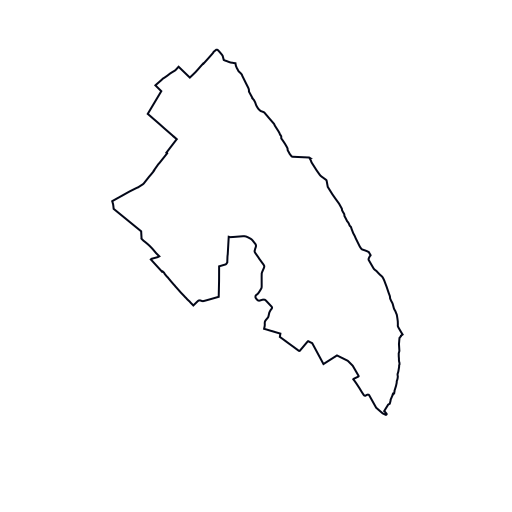 Cumpana, Constanta, Romania (Equal Earth projection), rotated 240°
{"feature_id": "2599482B64755451325856", "entity_name": "Cumpana", "entity_type": "district", "adm_level": 2, "iso_a3": "ROU", "parent_name": "Romania", "parent_adm1": "Constanta", "projection": "equal_earth", "projection_center": [28.523, 44.126], "detail": "fine", "context": "isolated", "style": "outline", "palette": "ink", "viewbox_px": 512, "rotation_deg": 240, "n_neighbors": 0, "source": "geoboundaries", "source_scale": "gbopen_adm2", "svg_char_len": 5961}
<svg xmlns="http://www.w3.org/2000/svg" viewBox="0 0 512 512"><g transform="rotate(240 256 256)"><path d="M56.4,287.0L53.5,289.0L53.4,289.5L53.7,290.1L54.1,290.2L57.0,289.7L57.6,289.5L59.3,292.6L60.3,294.5L61.2,296.1L61.2,296.5L61.2,298.0L61.8,298.6L63.4,300.2L64.2,300.7L65.1,301.9L66.9,304.3L67.8,305.2L68.1,305.6L67.6,305.8L68.0,307.0L68.5,307.2L68.8,307.6L69.1,308.0L70.1,308.6L70.9,309.5L73.5,312.3L75.7,314.3L76.4,314.8L76.8,315.0L77.8,315.9L78.1,316.4L79.3,317.5L80.6,318.5L82.1,319.1L82.9,319.5L83.2,319.8L83.9,320.6L84.9,321.6L88.3,324.4L89.9,325.4L90.4,326.1L91.7,326.8L92.9,327.1L94.5,327.8L95.7,328.5L97.6,329.4L100.3,330.9L102.1,332.7L108.3,335.8L113.3,339.3L114.1,341.5L114.5,341.7L114.6,342.9L114.7,343.7L117.7,343.6L122.8,343.6L124.1,343.7L125.0,344.1L125.9,344.7L128.5,346.1L130.9,347.1L133.2,348.0L134.9,348.6L136.6,348.8L138.4,349.1L140.7,349.1L142.0,349.3L146.0,350.4L147.5,350.6L149.2,350.6L152.1,350.9L153.0,351.3L154.1,351.8L155.1,352.0L158.0,352.5L163.9,353.7L167.0,354.2L170.6,354.8L173.0,355.0L174.5,355.0L175.1,354.9L176.4,354.5L177.8,354.0L180.1,353.4L182.8,352.8L184.4,352.1L185.6,351.7L186.6,351.6L193.0,351.6L196.3,351.6L197.0,351.9L197.5,352.4L198.3,353.5L198.9,354.5L199.2,355.5L199.8,355.7L201.5,355.6L202.8,355.7L203.5,355.3L204.7,354.5L206.1,353.4L208.6,351.2L209.2,350.9L210.5,350.7L212.3,350.6L221.5,351.2L223.8,351.5L227.2,351.6L231.6,352.3L233.4,352.7L234.0,352.7L234.9,352.4L235.5,352.3L237.7,352.6L239.0,352.6L240.7,352.3L241.9,352.4L243.4,352.5L246.4,352.6L248.0,353.3L249.0,353.4L250.0,353.3L252.6,353.4L254.0,354.0L259.8,354.1L264.6,353.6L266.5,353.4L271.2,353.0L280.0,352.7L285.3,354.6L286.3,354.9L286.8,354.8L292.2,352.4L293.4,352.0L294.5,351.8L300.0,351.3L309.2,350.9L311.8,351.3L313.1,351.3L314.1,351.3L313.9,351.7L314.7,351.3L323.8,337.1L324.4,336.7L324.8,336.6L326.2,336.4L327.9,336.2L328.9,336.3L331.3,336.3L331.9,336.4L332.0,336.4L333.0,336.9L333.4,337.1L335.0,337.2L338.4,337.2L340.4,337.1L343.1,336.9L344.8,336.7L345.2,336.7L346.5,337.4L347.1,337.7L347.5,337.7L348.5,337.7L348.8,337.5L351.0,337.8L353.1,337.8L359.5,337.5L361.3,337.7L369.1,336.2L375.8,335.0L376.4,334.8L376.9,334.5L377.7,333.8L378.6,333.1L379.1,332.6L379.3,332.5L379.6,332.4L380.1,332.2L381.2,331.9L381.7,331.7L383.6,331.5L384.8,331.5L386.0,331.5L386.9,331.6L389.5,332.1L392.1,332.2L393.6,331.9L394.3,331.7L394.4,331.9L401.9,332.1L402.1,332.3L403.9,333.1L404.4,333.2L404.9,333.3L405.8,333.4L411.2,333.7L418.9,334.2L419.4,334.3L419.9,334.4L420.5,334.4L421.0,334.3L422.0,334.1L423.0,333.8L424.0,333.5L424.6,333.3L425.5,333.3L427.3,333.4L427.8,333.3L430.2,333.6L430.8,333.7L431.6,334.0L432.3,334.2L433.2,334.6L434.5,332.9L435.0,332.4L435.8,331.3L436.4,330.6L437.3,329.8L438.4,328.9L439.7,327.9L440.5,327.1L441.9,326.1L446.0,327.2L446.5,327.2L447.5,327.1L450.4,326.6L452.3,326.2L453.7,325.8L454.2,325.3L454.5,324.6L454.0,321.4L453.8,321.1L453.5,320.7L452.8,318.8L450.5,311.9L448.8,306.6L449.1,306.5L447.9,302.8L446.6,299.0L445.5,295.6L444.5,291.7L443.6,287.9L458.6,283.6L457.3,279.5L457.1,278.3L457.1,275.9L457.0,273.0L456.5,269.4L456.2,265.8L456.2,264.7L456.2,264.2L455.7,262.2L454.2,254.6L454.1,254.2L446.1,256.4L433.2,233.3L417.9,238.6L412.1,240.5L401.1,244.3L401.0,244.2L399.4,244.8L399.5,244.9L396.8,245.8L396.7,245.5L390.3,230.1L389.5,230.5L389.4,230.5L384.9,219.1L384.3,217.2L381.1,210.3L380.9,210.4L380.7,210.0L380.2,208.8L379.0,205.6L378.1,203.0L374.9,195.0L374.7,194.1L374.4,188.0L374.5,187.9L374.7,185.7L375.1,178.8L375.4,158.9L375.2,158.8L374.4,158.7L373.9,158.5L372.5,158.2L370.7,157.5L368.0,156.3L334.8,168.9L329.1,166.0L328.4,165.5L328.1,165.5L325.5,166.2L323.3,167.1L320.3,168.2L318.1,168.9L315.0,169.7L313.1,170.1L308.5,170.9L304.1,172.1L304.1,171.4L304.2,170.2L304.5,169.0L305.8,164.2L305.6,163.2L289.3,166.8L289.4,167.4L287.9,167.9L287.4,168.0L285.9,168.0L282.9,168.5L282.5,168.6L281.9,168.8L281.2,169.0L280.7,169.0L276.1,169.8L272.4,170.5L271.6,170.7L270.8,170.9L270.3,170.9L269.7,171.0L269.0,171.2L262.0,172.6L257.6,173.7L255.7,174.1L254.8,174.4L252.8,174.8L251.5,175.2L250.8,175.4L250.1,175.7L248.4,176.0L247.2,176.3L246.5,176.5L244.5,177.0L245.7,181.7L246.0,182.9L246.1,183.8L246.0,184.5L245.7,185.1L245.4,185.5L243.9,186.8L243.4,187.5L243.0,188.7L241.7,193.7L239.3,203.3L252.8,211.5L265.5,218.9L263.9,225.5L264.0,226.3L264.8,227.9L269.6,230.9L270.9,231.8L271.5,232.3L286.3,242.0L285.8,242.5L285.4,242.8L285.2,243.1L285.0,243.5L284.4,244.7L283.7,246.1L279.6,254.7L278.9,255.9L278.3,256.6L277.9,257.1L276.3,258.3L273.6,260.0L272.9,260.3L272.5,260.5L271.3,260.8L269.2,261.1L267.8,261.3L266.6,261.5L266.0,261.4L265.5,261.4L264.7,261.0L264.4,260.8L263.7,260.1L262.5,258.7L261.6,257.9L261.3,257.5L260.7,257.1L260.0,256.9L259.8,256.9L258.8,256.9L253.3,257.4L252.2,257.4L250.5,257.6L247.5,257.9L245.0,258.2L244.1,258.2L243.6,258.2L243.2,258.1L242.6,257.8L241.8,257.0L239.2,253.5L238.8,253.0L238.3,252.5L237.9,252.1L237.5,251.9L235.7,250.8L226.8,245.7L226.2,245.3L225.7,244.9L225.5,244.7L224.8,243.6L223.5,241.2L223.1,240.4L222.6,239.3L222.3,238.3L222.1,236.8L222.0,236.3L221.7,235.7L221.2,235.3L220.7,235.0L220.2,234.8L219.7,234.8L219.2,234.8L218.7,234.9L218.1,235.0L217.7,235.1L216.9,235.3L216.6,235.5L216.2,235.8L215.8,236.3L215.6,236.7L215.5,237.0L215.4,237.6L215.0,239.2L214.8,240.0L214.4,240.8L214.1,241.3L213.5,241.9L212.8,242.2L211.2,242.6L204.3,244.2L204.0,244.2L203.5,244.2L202.9,243.8L202.5,243.2L202.0,241.9L201.4,240.8L200.6,239.6L200.3,239.2L197.6,236.7L196.9,235.9L196.4,234.7L195.7,232.7L195.1,231.5L194.9,231.1L194.1,230.4L193.0,229.7L192.5,229.5L191.0,228.5L188.9,226.6L176.6,238.3L174.0,236.2L152.9,245.5L152.2,245.9L152.0,246.5L155.9,257.3L156.2,258.5L152.4,261.1L128.7,260.4L129.4,276.4L119.8,282.8L119.0,283.2L113.0,284.8L112.4,284.9L100.9,284.9L100.5,284.7L100.4,284.3L100.8,279.0L100.6,278.6L98.6,278.9L95.2,279.2L89.8,279.5L85.2,279.6L81.8,279.8L81.3,279.9L80.7,280.3L80.3,280.8L80.3,282.4L80.1,283.4L79.5,284.2L78.9,284.4L64.5,284.2L56.4,287.0Z" fill="none" stroke="#020617" stroke-width="2"/></g></svg>